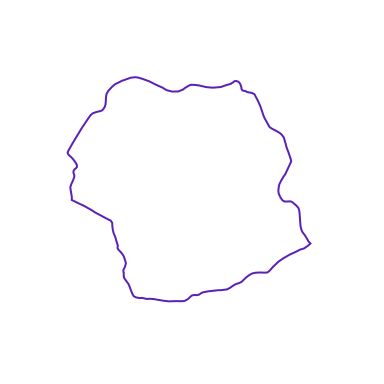 Zadiè, Ogooué-Ivindo, Gabon, rotated 297°
{"feature_id": "22940354B86386728493807", "entity_name": "Zadiè", "entity_type": "district", "adm_level": 2, "iso_a3": "GAB", "parent_name": "Gabon", "parent_adm1": "Ogooué-Ivindo", "projection": "natural_earth1", "projection_center": [13.91, 0.867], "detail": "fine", "context": "isolated", "style": "outline", "palette": "violet", "viewbox_px": 384, "rotation_deg": 297, "n_neighbors": 0, "source": "geoboundaries", "source_scale": "gbopen_adm2", "svg_char_len": 2663}
<svg xmlns="http://www.w3.org/2000/svg" viewBox="0 0 384 384"><g transform="rotate(297 192 192)"><path d="M199.9,320.9L201.0,318.0L203.1,314.9L204.6,312.4L206.3,308.8L208.0,306.6L211.3,303.9L215.4,301.4L220.8,298.2L224.0,296.1L226.0,294.2L227.2,291.3L228.4,286.5L228.5,284.4L227.6,282.5L226.3,280.4L225.5,278.5L225.7,276.3L227.1,273.6L229.8,270.1L232.4,268.3L236.9,266.7L238.8,266.3L242.7,266.3L246.6,266.5L250.1,267.0L256.5,266.8L264.4,266.5L266.2,265.0L270.6,260.5L274.8,255.9L278.2,252.9L282.2,249.1L283.3,247.0L284.2,244.8L284.6,241.4L284.7,237.7L284.7,234.8L285.0,231.8L286.6,229.3L288.3,226.8L290.9,222.9L293.0,220.5L296.1,217.4L299.6,213.8L304.0,208.2L305.8,205.6L307.4,203.4L307.5,200.6L306.8,198.2L306.1,195.7L306.2,194.1L305.7,192.3L305.4,191.0L306.3,189.3L307.8,188.4L309.3,186.9L310.6,185.2L311.3,183.3L311.0,181.1L310.2,179.7L308.5,178.9L305.8,177.3L302.9,174.1L298.6,170.0L294.4,163.2L291.9,157.0L290.2,150.1L288.6,145.6L286.8,142.0L284.4,140.3L282.2,138.9L279.0,137.3L275.4,134.2L272.5,128.8L271.2,123.1L271.6,118.6L271.2,110.4L271.2,103.8L270.5,97.9L269.6,92.5L268.7,89.6L267.1,87.2L266.1,85.6L263.7,83.3L261.6,81.4L259.5,79.3L255.6,76.4L253.3,74.6L249.4,73.0L246.7,72.2L243.4,71.4L240.5,71.4L238.4,72.0L236.3,72.8L233.5,74.1L230.7,75.2L228.4,75.6L226.5,75.5L224.2,75.0L222.6,73.8L221.3,72.1L219.4,70.0L217.1,67.9L214.6,66.8L210.2,66.1L198.0,64.7L181.5,63.5L173.2,63.1L170.8,63.2L169.4,64.5L168.6,66.7L168.2,68.7L166.9,71.9L165.5,74.7L163.9,77.1L162.1,78.1L160.3,77.8L159.3,77.2L157.8,76.9L156.3,77.1L154.9,78.0L153.3,79.7L151.9,80.3L148.4,80.7L144.2,80.9L141.0,81.4L138.8,82.9L136.9,84.3L134.8,85.9L132.6,87.4L130.3,88.5L130.4,95.2L130.6,102.8L130.3,110.4L129.8,115.1L129.7,120.7L129.6,125.7L129.5,129.2L129.6,132.7L128.2,135.0L125.6,136.4L122.8,138.3L120.0,140.6L116.9,144.2L114.5,146.4L112.5,148.3L110.5,150.3L108.3,151.0L107.2,152.6L106.7,154.2L105.4,157.5L103.9,160.2L101.6,162.6L98.5,165.5L95.0,166.2L91.2,166.3L89.8,167.1L89.2,167.8L87.5,168.6L85.1,170.0L84.0,171.6L82.5,174.6L81.1,177.3L79.3,179.4L76.8,182.1L74.1,185.2L72.7,187.5L72.7,190.0L73.7,193.5L74.9,195.4L76.3,200.6L77.7,202.8L79.4,207.0L80.5,210.7L82.4,216.6L84.1,221.1L87.6,227.4L90.4,233.2L92.0,235.2L95.2,237.2L97.7,238.0L99.8,238.9L101.5,241.2L102.3,243.2L103.8,244.9L105.6,245.8L107.4,247.1L110.9,251.6L116.3,259.8L117.6,262.3L121.2,267.5L123.9,269.4L126.6,270.8L129.8,272.8L132.4,275.5L134.7,277.1L137.8,278.1L141.2,279.3L144.4,281.0L146.8,282.7L148.8,285.1L151.1,289.0L153.1,293.3L154.6,295.8L157.3,296.9L162.2,298.2L169.1,300.6L174.4,303.5L180.3,307.3L186.0,311.8L189.8,314.5L192.5,317.4L196.5,319.6L199.9,320.9Z" fill="none" stroke="#5b21b6" stroke-width="2"/></g></svg>